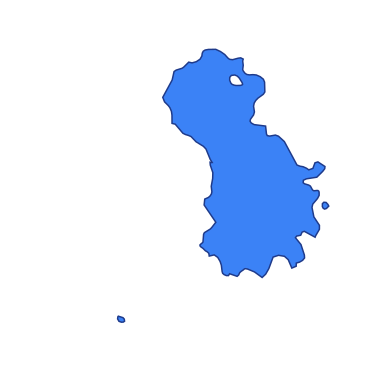 the border of Palermo, rotated 240°
{"feature_id": "ITA-5410", "entity_name": "Palermo", "entity_type": "Province", "adm_level": 1, "iso_a3": "ITA", "parent_name": "Italy", "parent_adm1": "", "projection": "orthographic", "projection_center": [13.554, 38.128], "detail": "fine", "context": "isolated", "style": "filled", "palette": "blue", "viewbox_px": 384, "rotation_deg": 240, "n_neighbors": 0, "source": "natural_earth", "source_scale": "10m", "svg_char_len": 2643}
<svg xmlns="http://www.w3.org/2000/svg" viewBox="0 0 384 384"><g transform="rotate(240 192 192)"><path d="M82.9,210.0L91.6,206.1L97.5,201.6L98.9,199.9L99.2,199.0L98.9,197.7L98.7,195.0L98.3,193.0L96.8,190.9L96.4,188.9L102.4,183.7L101.4,181.8L102.4,180.0L104.4,178.5L106.3,177.9L108.0,178.3L113.9,180.8L117.7,181.6L122.5,181.6L126.4,179.8L127.9,174.9L130.5,175.9L132.5,175.3L134.4,174.2L137.8,173.3L140.1,172.2L141.4,172.0L142.3,172.6L142.6,174.0L142.8,175.5L143.2,176.5L149.6,180.9L150.6,182.4L150.8,189.4L151.4,191.4L153.9,197.5L174.7,196.0L179.5,199.5L179.1,203.3L179.4,205.3L180.5,207.7L182.2,209.3L187.3,211.5L193.3,216.6L198.3,219.7L206.2,221.3L208.7,222.5L207.9,223.2L207.9,223.4L207.5,224.2L211.2,224.1L222.2,225.6L225.9,224.7L233.5,220.6L240.5,218.9L242.9,217.1L245.0,215.1L247.4,213.5L259.1,211.4L261.4,209.0L268.6,213.1L272.1,214.5L276.1,215.0L278.6,214.7L283.8,213.3L288.6,214.0L298.9,230.8L305.3,236.7L305.5,239.2L304.1,245.4L304.3,247.3L306.1,254.1L303.8,256.6L302.7,260.9L303.0,265.4L304.8,268.5L307.1,270.3L308.3,272.1L308.4,274.3L307.3,277.4L303.7,283.9L299.4,286.9L294.7,289.1L290.0,290.1L288.1,290.9L286.3,293.3L284.8,298.9L283.8,301.3L281.5,302.8L280.1,301.4L276.1,299.7L272.8,297.2L271.6,296.9L268.6,297.2L266.4,298.2L264.7,300.3L263.2,303.4L261.2,306.2L257.8,308.7L254.0,310.2L250.9,309.8L242.2,305.1L241.0,302.7L240.3,296.1L239.4,293.0L237.9,290.3L235.5,288.2L230.1,286.1L227.9,283.8L225.8,279.1L224.4,277.7L222.2,277.8L219.3,279.5L212.3,288.7L205.0,285.5L203.2,285.4L201.6,287.2L199.6,292.7L197.1,294.8L189.5,297.2L162.9,296.4L160.4,298.4L158.3,300.9L155.4,303.0L152.8,304.2L152.0,308.5L155.8,313.1L155.1,316.1L147.6,319.9L145.8,318.6L144.5,315.5L142.4,307.5L146.2,297.7L146.5,294.3L144.4,292.9L142.8,293.6L139.6,296.6L137.9,297.5L133.7,297.4L132.4,297.9L131.8,298.8L130.9,300.9L130.3,301.8L129.2,302.2L127.9,301.8L125.5,300.4L123.6,297.4L121.1,290.5L118.6,288.2L109.5,285.1L99.4,285.7L96.0,283.7L92.2,277.1L91.3,276.0L101.8,269.6L102.2,267.3L100.2,264.5L101.5,260.6L100.7,258.7L92.0,260.1L81.2,257.8L78.6,256.5L77.5,253.6L77.5,250.1L78.3,246.8L75.6,245.1L76.2,240.4L85.3,241.5L90.1,239.9L93.9,235.3L95.1,229.7L87.2,220.2L84.0,214.7L82.9,210.0ZM261.6,290.1L267.0,289.9L269.7,289.2L271.9,287.6L273.3,284.4L272.4,282.0L270.0,280.5L266.8,280.1L265.1,280.6L263.6,281.8L262.3,283.3L260.2,287.0L259.7,288.6L260.0,289.7L261.6,290.1ZM112.3,297.5L114.2,297.6L116.7,299.1L117.2,301.1L115.9,302.9L113.3,303.5L111.4,303.4L110.5,300.2L110.9,298.3L112.3,297.5ZM116.5,64.1L119.3,64.1L121.0,65.4L121.3,66.1L117.7,69.4L115.8,69.8L113.8,69.0L113.7,67.4L114.6,65.7L116.5,64.1Z" fill="#3b82f6" stroke="#1e3a8a" stroke-width="1.5"/></g></svg>